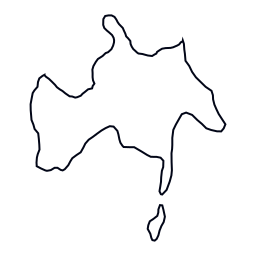 Neftchala District, Neftçala, Azerbaijan
{"feature_id": "54616110B40961788089107", "entity_name": "Neftchala District", "entity_type": "district", "adm_level": 2, "iso_a3": "AZE", "parent_name": "Azerbaijan", "parent_adm1": "Neftçala", "projection": "albers", "projection_center": [49.058, 39.291], "detail": "fine", "context": "isolated", "style": "outline", "palette": "ink", "viewbox_px": 256, "rotation_deg": 0, "n_neighbors": 0, "source": "geoboundaries", "source_scale": "gbopen_adm2", "svg_char_len": 2554}
<svg xmlns="http://www.w3.org/2000/svg" viewBox="0 0 256 256"><path d="M44.5,74.8L42.5,75.9L39.8,78.0L39.3,78.4L38.0,82.0L37.5,86.8L34.4,90.4L32.7,93.1L31.7,98.2L30.6,104.2L30.7,110.1L31.5,119.9L33.4,124.6L34.6,129.0L38.2,133.3L38.8,138.6L39.3,144.7L39.5,149.6L37.7,154.3L36.9,157.6L36.5,162.7L36.6,164.0L36.7,166.2L41.1,168.5L45.3,170.4L46.9,170.8L48.2,170.6L50.8,170.1L54.6,167.8L57.5,167.8L60.7,169.9L62.7,170.4L64.3,169.5L64.8,169.2L68.3,165.2L70.3,161.4L72.3,158.2L76.6,155.0L80.7,152.3L83.4,147.5L85.3,143.6L88.7,139.7L92.8,136.9L97.2,133.6L101.5,130.5L105.6,128.1L109.8,126.2L113.6,126.6L117.4,130.9L118.4,134.4L119.4,139.4L120.4,142.7L122.4,145.7L123.6,147.0L130.2,147.2L134.2,147.2L136.6,148.6L141.7,151.6L147.2,155.0L150.8,156.8L156.7,156.9L160.6,157.7L163.4,160.8L163.2,167.1L161.9,170.8L161.2,177.2L161.0,181.9L160.3,186.4L159.7,189.9L159.5,191.3L160.9,194.2L162.2,194.5L166.6,189.9L169.7,181.6L171.4,175.4L171.9,170.3L171.6,162.2L171.5,153.2L172.1,149.0L172.3,145.0L172.3,142.7L172.3,137.9L173.3,129.9L175.9,124.5L179.7,117.8L181.8,114.2L186.1,112.6L192.1,114.9L197.5,120.2L201.9,123.9L206.3,128.3L211.2,130.0L216.9,131.3L221.2,131.4L223.7,128.4L225.4,124.3L222.2,119.4L218.7,114.0L216.4,109.2L214.4,104.6L213.1,99.4L212.9,95.2L211.5,90.8L205.6,86.8L200.8,82.1L195.9,77.3L192.1,71.9L189.2,65.9L185.5,60.8L184.9,53.8L184.3,49.5L183.9,43.9L182.8,40.5L182.6,41.5L180.8,42.3L179.2,44.4L177.3,45.5L173.1,47.3L170.5,47.9L165.6,48.1L162.1,48.7L159.6,50.2L157.1,51.9L156.3,53.6L154.5,54.5L152.1,56.0L147.9,55.5L144.9,54.7L142.4,54.0L138.4,53.5L137.0,52.5L135.1,50.7L133.3,49.1L131.7,46.6L130.6,44.0L130.3,41.0L128.1,38.3L126.2,36.4L125.3,33.6L123.9,30.6L122.8,28.0L119.1,24.2L117.7,22.2L116.3,19.5L114.5,16.9L111.6,15.4L108.5,15.4L105.2,16.0L103.4,19.0L103.3,20.1L103.2,24.9L104.3,28.0L106.8,30.5L109.1,32.4L112.1,35.1L113.6,37.8L114.1,40.1L114.0,42.4L113.1,45.7L111.4,49.2L108.1,52.2L105.6,53.1L102.6,56.0L99.8,57.8L97.9,59.0L95.8,61.9L93.4,66.1L92.4,69.6L92.6,73.1L92.6,77.2L93.0,80.3L94.4,83.6L92.7,86.0L92.1,88.4L88.1,89.3L84.7,92.1L82.5,93.8L80.8,95.7L77.2,97.2L75.2,97.6L72.2,96.5L69.6,96.3L65.4,93.4L62.5,91.0L59.7,89.3L56.9,87.2L55.0,84.8L53.1,82.9L51.7,81.5L49.0,78.9L45.9,76.7L44.9,75.6L44.5,75.1L44.5,74.8ZM151.7,238.7L152.4,240.1L154.7,240.6L156.7,238.9L158.4,235.3L159.6,230.5L161.4,226.0L163.7,222.0L164.9,216.7L163.4,209.7L162.3,205.4L160.0,205.1L158.8,208.3L158.4,209.5L158.3,212.5L157.3,215.9L153.0,219.2L149.8,221.3L148.3,225.2L147.7,228.9L150.3,233.7L151.3,237.7L151.7,238.7Z" fill="none" stroke="#020617" stroke-width="2"/></svg>